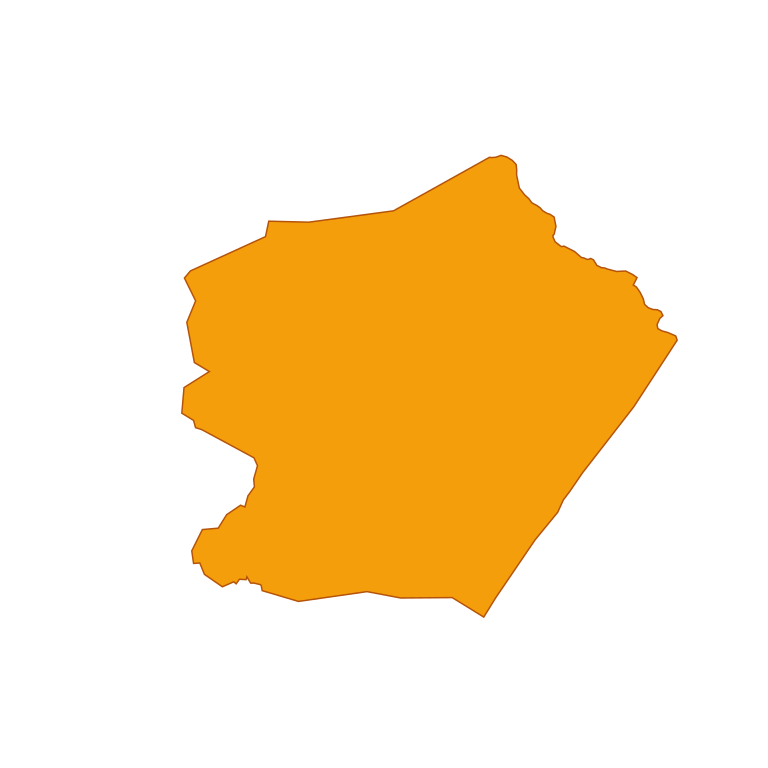 the district of Ashe, North Carolina, United States of America, rotated 122°
{"feature_id": "52423323B47317028722188", "entity_name": "Ashe", "entity_type": "district", "adm_level": 2, "iso_a3": "USA", "parent_name": "United States of America", "parent_adm1": "North Carolina", "projection": "albers", "projection_center": [-81.548, 36.414], "detail": "fine", "context": "isolated", "style": "filled", "palette": "amber", "viewbox_px": 768, "rotation_deg": 122, "n_neighbors": 0, "source": "geoboundaries", "source_scale": "gbopen_adm2", "svg_char_len": 1599}
<svg xmlns="http://www.w3.org/2000/svg" viewBox="0 0 768 768"><g transform="rotate(122 384 384)"><path d="M633.6,445.1L640.6,435.4L641.6,413.6L631.4,406.6L631.8,403.5L626.2,403.1L623.0,397.3L620.2,398.1L623.5,391.6L621.7,388.7L619.6,382.3L620.1,381.2L623.8,377.8L613.7,341.3L569.1,288.4L556.6,256.4L529.0,213.0L528.8,175.9L506.4,176.0L436.2,173.3L400.7,168.7L387.2,170.5L376.3,169.5L354.3,168.6L271.1,160.1L191.5,158.6L188.7,162.0L189.9,170.5L191.7,176.4L191.9,181.2L188.9,183.9L182.2,184.8L178.2,183.7L175.8,187.6L176.2,191.5L178.3,195.5L179.3,200.3L178.4,205.2L174.4,209.2L170.6,215.3L168.0,221.3L168.0,225.0L159.7,225.8L159.4,231.1L160.1,238.9L165.3,246.4L167.4,253.1L167.8,254.4L168.3,256.1L168.5,257.9L170.3,261.8L170.2,263.0L170.7,266.4L170.0,267.5L168.0,271.6L167.7,272.1L168.0,275.3L169.7,276.4L170.7,277.8L171.2,281.3L172.1,283.7L170.7,292.5L171.7,304.5L173.2,305.8L173.5,307.4L172.7,314.3L169.9,318.4L168.6,319.4L166.7,319.1L159.2,321.7L152.3,328.2L152.1,333.1L152.9,336.2L153.0,341.3L151.9,344.8L151.6,348.8L151.9,352.3L151.9,355.0L150.1,359.3L149.1,365.0L146.1,373.1L136.5,382.3L132.0,385.0L127.8,388.3L126.4,393.6L126.4,400.2L128.1,405.9L132.4,409.3L134.8,412.5L135.9,414.7L232.1,467.7L286.6,533.5L307.0,568.0L321.8,562.6L390.7,608.1L399.9,609.4L413.3,587.8L436.2,583.9L466.3,556.2L466.0,538.7L493.0,551.7L515.9,540.0L515.8,526.2L520.9,520.7L519.3,514.6L515.5,455.2L520.3,448.0L533.7,444.1L539.9,439.4L550.9,440.1L562.0,436.8L562.8,441.4L578.2,448.2L594.1,448.2L603.7,460.9L627.4,458.6L637.1,450.4L633.4,445.4L633.6,445.1Z" fill="#f59e0b" stroke="#b45309" stroke-width="1.5"/></g></svg>